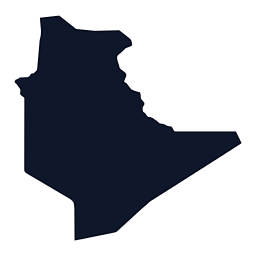 the border of Tamanghasset
{"feature_id": "DZA-2189", "entity_name": "Tamanghasset", "entity_type": "Province", "adm_level": 1, "iso_a3": "DZA", "parent_name": "Algeria", "parent_adm1": "", "projection": "mercator", "projection_center": [6.568, 24.092], "detail": "fine", "context": "isolated", "style": "filled", "palette": "ink", "viewbox_px": 256, "rotation_deg": 0, "n_neighbors": 0, "source": "natural_earth", "source_scale": "10m", "svg_char_len": 3572}
<svg xmlns="http://www.w3.org/2000/svg" viewBox="0 0 256 256"><path d="M240.6,142.9L239.3,143.8L237.9,144.7L236.5,145.6L235.1,146.4L233.8,147.3L232.4,148.2L231.0,149.1L229.6,150.0L228.3,150.8L226.9,151.7L225.5,152.6L224.1,153.5L222.8,154.4L221.4,155.3L220.0,156.1L218.6,157.0L217.3,157.9L215.9,158.8L214.5,159.7L213.1,160.5L211.7,161.4L210.4,162.3L209.0,163.2L207.6,164.0L206.2,164.9L204.9,165.8L203.5,166.7L202.1,167.6L200.7,168.4L199.4,169.3L198.0,170.2L196.6,171.1L195.2,171.9L193.9,172.8L192.5,173.7L191.1,174.6L189.7,175.4L188.4,176.3L187.0,177.2L185.6,178.1L184.2,178.9L182.9,179.8L181.5,180.7L180.1,181.6L178.7,182.4L177.4,183.3L176.0,184.2L174.6,185.1L173.2,185.9L171.9,186.8L170.5,187.7L169.1,188.5L167.7,189.4L166.4,190.3L165.0,191.2L163.6,192.0L162.2,192.9L160.8,193.8L159.5,194.6L158.1,195.5L156.7,196.4L155.3,197.2L154.0,198.1L152.6,199.0L149.9,200.7L147.9,202.4L146.5,203.7L145.1,204.9L143.6,206.2L142.2,207.4L140.6,208.8L139.8,209.5L138.7,210.6L137.4,211.7L136.1,212.9L134.9,214.1L133.6,215.2L132.3,216.4L131.0,217.6L129.8,218.7L128.5,219.9L127.2,221.1L125.9,222.2L124.7,223.4L123.4,224.6L122.1,225.7L120.8,226.9L119.6,228.1L118.3,229.2L116.7,230.7L115.8,231.3L114.9,231.6L112.3,232.2L110.3,232.6L105.9,233.5L101.4,234.4L99.4,234.8L95.6,235.6L91.8,236.3L88.0,237.1L84.2,237.9L80.7,238.6L77.2,239.2L75.3,239.6L75.1,207.6L74.5,202.7L73.0,200.5L70.9,198.6L26.3,172.3L25.3,171.0L25.0,170.3L25.1,97.9L25.1,97.6L24.9,97.4L24.7,97.1L21.3,94.5L21.0,94.0L20.9,93.4L21.1,91.2L21.1,89.9L21.0,89.4L20.9,89.0L20.7,88.6L20.5,88.2L17.3,83.8L15.6,82.2L15.4,81.9L15.4,81.6L15.6,81.1L16.0,80.6L16.1,80.4L17.1,80.0L18.5,79.4L19.9,78.4L20.1,78.3L20.3,78.3L21.7,78.1L22.8,78.3L23.2,78.3L23.9,78.0L24.1,78.0L26.9,78.0L27.1,78.0L28.7,77.5L29.3,77.2L29.6,77.0L30.2,76.4L31.4,74.6L31.6,74.5L31.7,74.4L32.0,74.3L34.1,74.0L34.2,73.9L34.3,73.9L35.6,72.5L36.2,72.0L37.1,71.0L37.5,70.5L37.7,69.9L37.9,69.4L40.4,40.6L41.5,35.6L41.8,31.0L40.7,18.4L59.0,16.4L75.8,29.7L94.7,31.6L119.0,31.0L129.1,39.0L130.3,40.2L131.0,42.0L131.4,44.8L130.6,45.5L125.2,47.6L120.2,52.4L118.7,53.5L117.4,54.6L116.7,55.8L116.2,57.7L116.7,60.4L119.0,68.2L119.0,68.3L119.1,68.5L119.3,68.8L120.2,69.7L124.1,72.7L124.9,73.5L125.3,74.1L125.5,74.8L125.5,75.2L125.5,75.5L125.4,76.1L123.8,80.1L123.6,80.6L123.5,81.1L123.5,81.8L123.5,82.2L123.6,82.4L123.7,82.5L123.8,82.6L126.0,83.8L130.5,89.6L130.7,89.9L130.8,90.0L131.0,90.1L133.2,91.0L133.7,91.3L134.4,91.6L139.4,93.0L139.6,93.6L139.9,94.6L140.1,98.8L142.4,101.7L143.0,102.3L143.3,102.7L143.5,103.1L143.6,103.4L143.6,103.6L143.6,103.9L143.6,104.1L143.6,104.3L143.5,104.5L143.4,104.7L142.5,106.0L142.4,106.1L142.0,107.2L142.0,107.3L141.9,107.6L141.9,110.0L142.3,111.7L142.5,112.0L142.7,112.4L143.1,112.7L144.4,113.6L144.7,113.9L145.0,114.2L145.6,115.3L146.2,116.0L146.4,116.4L146.5,116.5L147.0,116.9L147.4,117.2L147.5,117.3L148.5,117.7L149.3,117.8L150.1,117.8L150.3,117.8L150.5,117.8L150.7,118.0L151.1,118.3L151.3,118.4L151.5,118.5L151.8,118.6L152.1,118.8L152.3,119.0L152.7,118.9L152.8,119.0L153.3,119.2L153.4,119.3L154.0,119.9L154.2,120.1L154.4,120.3L155.3,120.9L155.8,121.1L156.0,121.1L157.2,122.4L157.5,122.6L157.9,122.8L158.1,123.0L158.5,123.4L158.7,123.6L159.4,124.0L159.5,124.1L160.8,124.4L161.8,124.4L162.4,124.5L163.9,125.0L164.6,125.4L165.0,125.6L165.5,125.6L166.3,126.3L166.5,126.4L168.3,126.9L170.0,127.1L170.5,127.1L170.9,127.2L171.1,127.3L171.5,127.7L171.7,128.1L172.6,130.0L173.1,130.7L173.6,131.4L174.2,131.9L174.4,132.1L174.5,132.2L174.8,132.2L235.4,132.2L237.7,136.9L239.1,139.7L240.6,142.9Z" fill="#0f172a" stroke="#020617" stroke-width="1.5"/></svg>